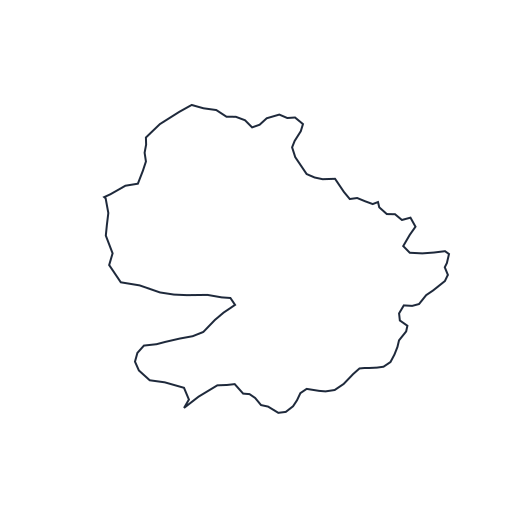 the district of Västervik, Kalmar, Sweden, rotated 146°
{"feature_id": "70781695B21983327863025", "entity_name": "Västervik", "entity_type": "district", "adm_level": 2, "iso_a3": "SWE", "parent_name": "Sweden", "parent_adm1": "Kalmar", "projection": "robinson", "projection_center": [16.379, 57.852], "detail": "fine", "context": "isolated", "style": "outline", "palette": "slate", "viewbox_px": 512, "rotation_deg": 146, "n_neighbors": 0, "source": "geoboundaries", "source_scale": "gbopen_adm2", "svg_char_len": 1695}
<svg xmlns="http://www.w3.org/2000/svg" viewBox="0 0 512 512"><g transform="rotate(146 256 256)"><path d="M348.9,389.7L348.4,387.9L354.4,374.2L362.2,365.2L369.1,356.9L373.4,338.4L382.8,330.6L382.8,319.3L382.8,309.8L368.9,296.7L356.0,279.5L345.6,269.9L335.2,262.2L318.0,250.9L307.6,240.9L300.7,235.5L300.7,227.2L314.5,227.2L325.7,226.0L342.1,222.5L353.3,224.9L365.4,230.2L379.2,235.5L387.8,238.5L399.0,244.4L408.5,242.0L415.4,236.1L417.1,226.6L413.6,212.4L402.3,202.3L389.4,187.0L391.9,174.5L400.6,170.3L382.2,171.5L360.4,170.4L352.0,165.2L345.3,161.7L343.6,149.1L338.6,145.1L336.1,138.8L335.2,129.6L330.2,124.4L325.2,113.5L318.5,110.1L309.3,110.7L302.6,113.5L295.9,117.5L288.3,117.5L279.1,108.9L274.1,104.9L265.7,100.9L261.6,100.9L254.9,100.9L241.5,103.8L233.1,104.9L228.9,102.6L224.7,99.8L218.1,95.8L212.2,92.9L203.8,92.9L196.3,96.9L189.6,101.5L184.6,106.1L173.7,109.5L169.5,113.5L172.8,122.1L169.5,128.4L161.1,132.4L154.4,127.3L147.7,125.0L136.8,128.4L128.5,128.4L113.4,129.6L107.8,132.9L107.5,133.0L105.8,141.1L101.7,143.4L94.9,149.7L96.6,154.3L106.6,159.4L116.7,165.2L126.7,172.7L128.4,181.9L116.6,187.6L107.4,191.1L106.5,201.4L114.9,204.3L117.4,212.9L124.1,217.6L126.6,227.4L124.7,232.5L130.2,233.8L134.9,240.3L139.7,247.5L146.4,250.8L147.3,260.0L147.3,275.8L157.8,282.4L163.5,288.3L168.2,295.6L168.2,316.0L165.3,325.9L159.6,329.8L149.1,334.4L143.3,339.1L146.2,349.0L152.9,352.9L157.6,360.2L170.1,364.2L179.6,362.8L187.3,364.8L189.2,374.7L194.9,382.7L202.6,388.0L207.3,399.2L216.9,407.8L224.9,417.2L238.9,418.4L261.9,419.1L281.0,415.8L284.8,409.8L290.6,403.9L294.4,395.9L302.0,390.0L313.5,382.0L325.0,387.3L342.2,388.6L348.9,389.7Z" fill="none" stroke="#1e293b" stroke-width="2"/></g></svg>